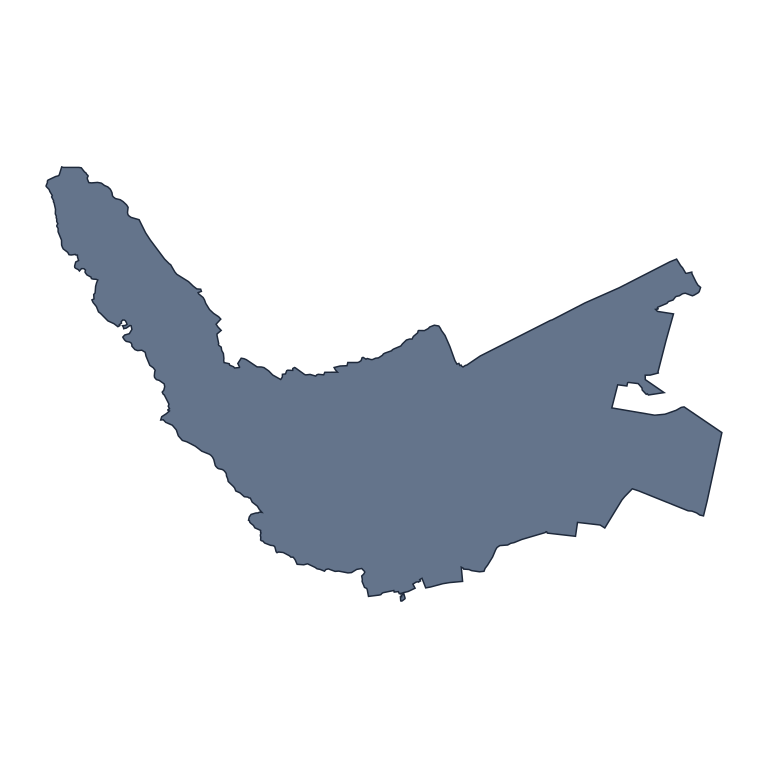 Cotesti, Vrancea, Romania
{"feature_id": "2599482B92472174610530", "entity_name": "Cotesti", "entity_type": "district", "adm_level": 2, "iso_a3": "ROU", "parent_name": "Romania", "parent_adm1": "Vrancea", "projection": "natural_earth1", "projection_center": [27.048, 45.655], "detail": "fine", "context": "isolated", "style": "filled", "palette": "slate", "viewbox_px": 768, "rotation_deg": 0, "n_neighbors": 0, "source": "geoboundaries", "source_scale": "gbopen_adm2", "svg_char_len": 6042}
<svg xmlns="http://www.w3.org/2000/svg" viewBox="0 0 768 768"><path d="M707.1,501.2L721.9,432.6L684.1,406.9L681.2,407.4L676.1,410.3L665.0,414.2L654.7,415.2L611.8,407.9L617.7,384.8L626.9,386.0L627.6,382.8L628.4,382.4L638.2,383.6L642.0,388.0L642.2,390.0L646.2,394.3L647.3,393.8L648.4,395.0L664.1,392.6L645.7,379.9L645.3,379.6L645.2,375.2L650.2,375.1L658.3,373.0L658.0,371.9L666.0,340.7L673.5,313.9L657.5,311.4L655.6,309.4L657.9,309.1L658.1,308.7L657.4,308.2L657.6,307.3L667.0,303.3L668.4,301.6L673.1,300.0L675.4,297.0L676.3,296.4L679.3,295.8L682.6,293.7L685.3,293.2L692.4,295.8L694.0,295.2L698.0,292.9L699.2,291.7L700.6,287.4L697.9,285.1L696.1,282.1L692.0,273.8L691.8,272.1L686.7,273.3L685.7,273.2L682.5,267.7L680.6,265.6L676.6,259.1L669.9,261.8L619.1,287.8L585.0,302.9L552.3,319.8L550.2,320.5L480.2,356.0L466.6,365.2L465.4,365.4L463.0,367.0L461.6,366.1L461.1,365.1L459.9,365.5L458.9,363.4L456.9,364.1L454.9,360.5L449.9,346.6L445.0,335.4L441.4,330.4L440.4,328.3L438.8,326.0L434.3,325.2L429.7,327.0L428.2,328.6L424.4,330.6L418.7,330.5L418.1,330.9L417.7,332.8L413.4,336.4L412.0,339.1L409.7,339.0L406.4,340.0L402.4,343.9L400.8,346.0L394.1,348.8L392.3,349.8L391.7,350.7L384.9,353.1L383.4,353.9L382.4,355.3L378.4,357.9L375.5,358.2L372.7,359.5L371.2,359.6L367.2,358.5L366.0,359.2L363.2,357.4L362.6,357.5L362.1,357.7L361.1,360.6L359.1,362.0L357.6,362.5L347.8,362.5L347.0,365.7L340.1,366.0L334.1,367.5L335.3,369.7L337.5,372.2L324.8,372.3L323.7,374.8L318.2,374.3L316.7,374.9L315.7,376.1L310.1,374.4L305.7,374.9L304.6,374.5L295.3,367.8L294.5,367.5L292.8,368.5L292.7,370.4L287.6,370.2L286.7,370.7L285.5,373.9L282.4,374.3L282.3,377.1L280.7,379.5L272.7,375.0L268.8,371.0L264.0,367.6L261.4,367.0L257.1,366.9L246.4,359.7L244.0,358.7L241.2,358.2L237.8,363.5L239.6,367.1L239.4,367.5L234.6,368.0L233.6,366.8L229.7,365.2L229.2,363.7L224.1,362.6L223.7,360.5L223.9,358.5L223.4,353.5L221.7,350.4L221.2,347.1L218.8,345.4L218.4,344.5L218.7,343.6L217.0,335.3L217.0,334.0L221.2,330.4L217.8,326.8L216.1,324.2L220.8,319.1L218.7,316.8L213.6,313.4L209.5,309.5L205.7,303.3L204.5,299.9L203.1,297.5L198.6,293.8L198.1,292.6L201.4,291.4L200.7,289.2L196.8,288.9L193.3,286.2L188.5,281.6L176.8,274.3L174.8,271.9L170.6,264.6L169.4,263.9L164.6,259.1L150.3,240.0L145.6,232.8L139.1,219.7L131.1,217.4L129.1,216.0L127.9,214.6L127.5,212.4L128.1,207.3L126.5,204.8L123.1,201.6L120.2,199.7L115.5,198.6L113.4,197.0L112.5,195.8L112.0,192.7L111.1,190.7L110.2,189.1L107.8,186.9L104.5,185.5L101.5,183.2L100.3,182.9L97.5,182.4L91.5,182.9L88.8,182.6L87.4,179.1L87.3,177.8L88.1,176.2L88.0,175.5L86.7,174.4L86.2,173.2L84.4,171.8L81.3,167.8L78.8,167.4L63.3,167.4L61.7,166.9L59.2,175.0L58.1,175.9L55.6,176.5L48.0,180.1L47.4,181.0L47.4,182.6L46.1,185.7L46.2,186.5L49.1,189.5L49.9,191.6L52.3,195.6L51.6,196.9L53.6,200.7L53.4,201.8L54.0,202.7L55.5,209.3L55.3,213.9L56.3,216.1L56.2,217.9L56.7,218.8L56.7,221.5L57.8,223.7L56.8,225.6L56.8,226.3L58.1,228.4L58.1,231.8L61.5,240.1L61.6,245.1L62.4,247.3L63.3,249.0L67.7,252.3L69.0,254.7L71.2,255.0L75.3,254.4L75.8,255.0L77.4,255.1L77.5,257.0L78.6,260.5L75.7,262.0L74.6,266.1L74.8,267.5L75.5,268.2L78.4,269.7L79.4,271.0L81.5,268.6L83.9,268.7L85.5,270.1L85.1,271.4L85.1,272.4L86.9,274.9L91.0,277.1L91.4,278.6L93.1,279.1L96.1,279.3L97.8,280.0L96.6,282.7L95.6,286.4L95.1,292.9L93.7,294.5L94.0,298.9L91.9,299.9L93.1,302.5L96.4,306.6L98.5,311.9L100.4,313.3L107.9,320.9L114.0,323.7L117.9,326.7L119.8,325.6L119.3,324.7L121.5,323.1L121.2,321.7L122.7,320.0L124.5,320.1L125.4,320.8L126.6,323.0L127.0,324.4L125.3,325.4L122.5,325.7L123.5,327.5L123.7,328.7L126.3,328.1L130.0,325.5L131.1,325.7L131.9,329.4L129.3,333.7L124.7,335.0L122.8,337.1L123.2,337.9L124.6,340.0L126.2,341.4L129.7,342.1L131.0,342.9L131.8,344.3L131.9,346.2L134.9,349.6L137.6,350.6L141.8,350.2L145.2,352.3L146.0,356.1L149.8,365.3L153.3,367.8L155.2,370.4L154.7,371.9L154.3,375.9L154.6,377.5L156.4,379.6L159.2,380.4L164.2,383.9L164.7,386.7L163.8,390.2L162.2,392.1L163.2,394.2L164.3,395.0L168.8,403.8L168.9,404.4L168.2,406.2L169.5,408.7L167.9,409.7L167.9,410.2L169.4,411.0L166.3,413.7L161.7,416.7L160.7,420.0L163.3,419.8L165.8,422.4L172.3,425.2L176.3,429.9L178.3,435.8L182.3,440.4L186.8,441.8L195.3,446.2L201.8,451.2L209.5,454.3L211.0,455.4L212.5,457.1L213.8,459.6L215.2,465.3L215.8,466.3L217.5,468.1L218.6,468.7L222.3,469.5L223.9,470.5L225.6,472.5L226.3,473.8L226.5,476.0L227.7,478.9L228.2,481.5L233.4,486.5L234.6,488.0L235.8,491.0L239.9,492.8L244.3,496.7L247.8,497.1L249.1,498.0L250.3,498.1L252.2,502.1L257.4,506.2L259.3,509.4L262.0,512.4L259.6,512.1L258.0,512.9L255.8,513.0L251.1,514.4L249.3,516.9L248.5,520.3L249.4,520.7L249.8,522.2L250.7,523.2L253.5,525.5L254.8,527.8L260.6,530.4L260.6,532.5L261.0,532.9L260.4,534.8L260.4,536.0L260.8,537.0L260.6,540.0L261.3,540.7L262.9,541.1L264.6,543.0L270.5,545.3L273.6,545.7L274.9,547.0L276.1,551.7L277.0,552.7L278.5,552.0L283.2,552.5L289.5,555.8L290.8,557.1L293.2,557.2L295.1,559.7L297.1,564.3L303.8,564.8L307.5,563.8L315.1,567.4L317.0,568.8L320.1,569.4L324.5,571.2L325.9,569.5L328.3,568.9L335.1,571.4L338.6,571.1L347.9,572.9L351.5,572.6L356.7,569.4L361.7,568.5L364.5,571.4L364.8,572.2L363.7,574.1L361.7,576.0L362.3,579.3L362.1,581.5L364.5,587.4L366.6,588.4L367.2,589.5L368.5,596.4L379.0,595.1L380.8,594.7L381.9,593.4L383.1,592.7L393.8,590.5L394.2,592.1L398.3,591.6L399.3,593.7L402.8,593.0L403.4,594.6L401.1,595.0L401.6,596.7L400.4,596.8L400.7,600.7L401.0,601.1L402.2,600.9L404.9,598.8L405.1,598.2L403.5,592.6L408.2,591.5L415.1,588.2L412.9,584.1L416.1,582.1L418.5,581.7L418.6,582.0L419.3,581.6L420.5,580.9L419.7,579.6L422.0,578.3L425.7,587.9L430.6,587.0L442.8,583.7L449.5,582.6L462.6,581.4L461.3,567.2L463.5,568.4L463.7,569.1L469.0,569.5L471.5,570.6L479.5,571.8L484.0,571.3L485.1,568.4L487.6,565.1L492.6,557.0L495.7,549.7L497.0,547.5L499.8,545.6L507.7,545.0L510.8,543.3L514.1,542.6L521.7,539.5L545.1,532.6L546.1,531.7L546.7,531.8L547.3,533.1L575.5,536.3L577.5,522.4L600.1,525.0L604.8,528.0L621.9,500.0L624.7,496.6L632.3,488.8L638.7,490.9L688.1,510.8L691.9,511.1L696.6,512.9L699.7,515.0L703.5,515.9L707.1,501.2Z" fill="#64748b" stroke="#1e293b" stroke-width="1.5"/></svg>